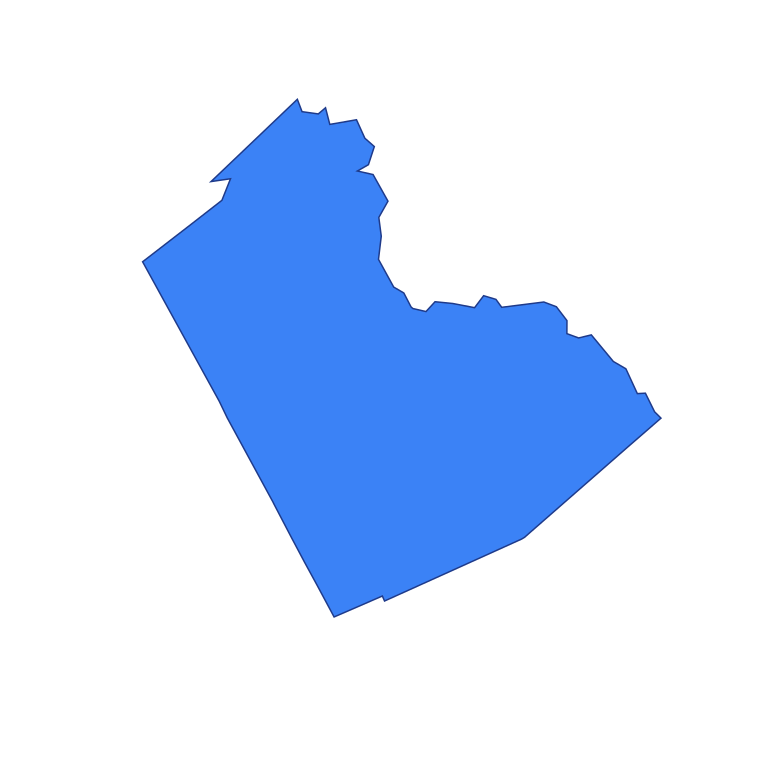 the district of Travis, Texas, United States of America, rotated 22°
{"feature_id": "52423323B39349585413380", "entity_name": "Travis", "entity_type": "district", "adm_level": 2, "iso_a3": "USA", "parent_name": "United States of America", "parent_adm1": "Texas", "projection": "mercator", "projection_center": [-97.765, 30.326], "detail": "fine", "context": "isolated", "style": "filled", "palette": "blue", "viewbox_px": 768, "rotation_deg": 22, "n_neighbors": 0, "source": "geoboundaries", "source_scale": "gbopen_adm2", "svg_char_len": 878}
<svg xmlns="http://www.w3.org/2000/svg" viewBox="0 0 768 768"><g transform="rotate(22 384 384)"><path d="M114.4,361.1L237.8,461.8L251.3,474.1L326.3,535.9L326.3,536.0L356.0,561.3L377.2,579.1L397.3,595.6L425.0,618.7L461.9,581.2L465.8,585.0L569.7,476.2L571.9,473.3L571.9,473.2L575.2,466.6L633.1,352.1L653.6,311.9L645.3,308.4L629.8,294.6L622.5,298.0L602.6,279.3L588.2,277.2L557.8,260.8L547.2,268.4L534.7,268.8L529.9,256.7L514.9,247.8L501.5,248.1L464.4,268.8L456.1,263.6L443.3,264.8L439.4,279.3L417.6,283.6L400.5,288.6L395.8,301.1L382.5,303.2L380.2,302.4L368.3,292.2L356.7,290.5L332.2,270.5L326.1,248.0L316.8,231.5L319.2,213.0L295.4,193.9L279.5,196.5L287.4,186.5L286.1,167.5L274.2,163.3L259.5,149.3L236.5,163.6L226.3,149.8L221.9,158.2L206.0,162.2L197.0,152.5L147.8,261.1L164.8,251.2L164.9,274.4L146.2,306.7L114.4,361.1Z" fill="#3b82f6" stroke="#1e3a8a" stroke-width="1.5"/></g></svg>